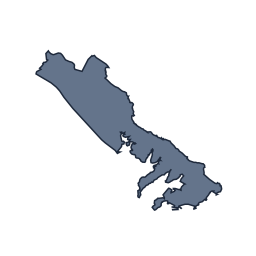 Devonport-Takapuna Local Board Area, Auckland, New Zealand (Albers equal-area conic projection), rotated 344°
{"feature_id": "76426892B81581642165693", "entity_name": "Devonport-Takapuna Local Board Area", "entity_type": "district", "adm_level": 2, "iso_a3": "NZL", "parent_name": "New Zealand", "parent_adm1": "Auckland", "projection": "albers", "projection_center": [174.779, -36.789], "detail": "fine", "context": "isolated", "style": "filled", "palette": "slate", "viewbox_px": 256, "rotation_deg": 344, "n_neighbors": 0, "source": "geoboundaries", "source_scale": "gbopen_adm2", "svg_char_len": 6065}
<svg xmlns="http://www.w3.org/2000/svg" viewBox="0 0 256 256"><g transform="rotate(344 128 128)"><path d="M72.7,31.9L69.6,33.8L68.6,39.6L69.6,40.6L66.9,42.1L65.1,41.7L63.9,42.6L64.3,43.2L62.0,44.9L59.5,46.2L60.5,47.6L56.0,48.6L55.4,49.1L54.5,50.7L66.6,63.5L70.4,69.0L72.6,73.6L74.9,80.8L80.4,94.0L99.4,132.0L102.0,136.0L109.5,146.0L110.8,149.5L113.8,148.9L111.2,147.9L116.6,144.1L117.6,142.0L119.6,142.2L120.6,140.6L120.1,139.5L118.8,139.4L118.4,138.8L118.7,133.4L120.0,131.7L120.0,131.0L119.6,130.0L120.9,130.2L121.0,131.3L121.5,131.8L123.6,131.4L122.9,132.6L123.2,133.1L121.3,133.4L121.0,134.0L121.2,134.8L123.0,136.2L126.8,136.5L125.3,137.4L124.5,138.8L124.9,139.4L127.0,139.7L124.9,141.5L123.5,141.8L122.2,141.5L121.9,142.7L122.0,144.4L122.5,145.0L124.7,144.7L125.3,143.7L125.5,142.5L125.9,142.1L126.7,141.9L128.6,142.7L129.9,144.1L130.8,144.4L131.1,145.1L129.9,145.3L128.4,144.4L127.6,144.5L125.6,147.3L125.6,149.4L126.2,149.7L126.3,150.6L125.8,150.9L124.5,150.5L123.6,150.8L123.6,152.3L124.5,154.1L126.2,155.2L127.1,155.4L127.6,156.5L127.3,158.1L127.7,159.0L129.8,160.0L130.6,160.8L130.8,161.7L131.2,161.9L131.2,163.2L132.5,164.8L134.7,165.6L135.5,165.1L136.5,163.1L137.6,162.4L137.7,161.9L138.6,161.6L140.0,160.0L140.2,159.3L141.1,159.7L141.8,158.6L144.4,156.8L144.5,156.3L143.8,155.5L144.8,156.0L145.8,154.8L146.3,154.7L145.9,154.9L145.8,155.7L146.0,156.0L145.2,157.6L144.4,158.2L144.0,160.6L140.9,165.2L140.6,167.6L142.0,168.5L144.8,168.8L147.2,168.1L148.9,166.6L149.8,166.2L150.4,165.4L150.8,165.1L151.2,165.4L150.0,167.0L149.9,167.5L150.3,168.1L149.3,167.7L148.7,168.4L148.4,168.5L147.6,169.7L147.6,170.6L147.3,170.3L145.4,171.1L144.4,171.2L144.1,171.6L144.3,172.0L144.1,172.5L143.0,172.4L143.3,171.6L142.9,171.6L142.8,171.2L141.8,171.8L141.6,173.4L142.4,173.5L142.5,174.3L141.5,176.2L139.4,177.1L137.2,176.9L136.9,177.4L133.6,178.5L131.3,179.8L129.8,179.8L129.4,179.4L127.9,179.2L125.9,180.2L124.9,181.3L124.1,183.0L122.5,183.9L122.6,184.8L122.2,186.2L122.8,187.3L122.8,189.5L122.6,190.1L122.3,189.9L121.9,190.4L122.1,190.8L120.2,191.0L119.4,194.8L118.7,196.0L118.8,197.4L119.7,198.0L121.3,196.0L121.7,196.0L121.8,196.4L122.0,193.1L126.3,189.9L127.5,189.7L129.6,188.2L131.6,188.1L132.9,187.2L134.3,187.3L135.9,186.5L136.9,187.1L138.7,185.3L141.7,184.9L143.1,183.9L147.9,182.5L150.1,183.0L151.4,181.9L153.8,181.2L155.8,181.6L156.4,180.8L158.3,179.6L156.5,180.9L154.5,183.7L154.0,185.2L152.6,186.2L151.4,187.9L150.0,189.3L149.4,189.2L149.2,190.4L151.6,191.7L153.5,191.5L154.3,191.0L155.3,191.0L157.6,190.2L160.3,190.6L162.5,189.9L164.9,188.5L165.4,187.3L167.4,187.4L168.3,189.4L165.2,191.5L163.5,193.7L167.2,197.5L166.6,197.5L163.3,199.4L162.1,200.9L161.8,202.5L161.2,202.1L161.1,201.3L159.7,201.1L156.6,199.1L154.9,198.6L154.8,199.2L155.7,200.0L156.1,200.9L155.0,201.7L151.5,202.1L151.7,201.2L152.7,200.4L153.0,199.6L151.3,197.6L150.4,197.1L143.3,201.9L143.8,204.8L143.5,205.8L143.2,205.3L142.2,204.7L138.2,204.1L137.4,203.7L136.9,204.2L135.6,204.4L135.1,204.9L133.6,205.1L132.5,207.6L132.8,208.2L132.7,209.3L130.4,210.1L129.4,210.9L130.8,214.2L132.0,214.2L135.0,212.7L136.7,212.7L138.4,211.8L139.2,209.5L139.9,208.8L140.5,208.8L140.5,208.5L142.1,208.2L144.3,208.4L145.3,208.7L146.0,209.3L145.6,210.3L145.2,210.6L145.6,210.5L145.7,210.8L144.8,212.0L145.4,211.7L145.8,210.8L146.1,210.9L145.8,211.8L146.1,211.9L146.4,211.0L146.8,211.2L146.6,212.1L147.0,211.3L147.4,211.5L151.4,215.4L150.5,216.7L148.1,215.9L153.7,218.4L153.2,219.7L148.4,218.6L148.4,219.0L153.5,220.1L153.4,219.8L154.0,218.5L154.3,218.6L155.2,217.4L156.9,219.9L157.1,219.8L155.4,217.3L155.8,217.0L161.7,217.0L164.9,217.9L170.8,221.7L170.7,222.5L169.2,222.7L171.0,222.9L170.7,223.6L169.0,223.8L169.0,224.1L171.2,223.9L171.1,223.1L171.7,221.8L173.0,221.4L174.6,221.4L174.8,221.1L174.4,220.8L174.6,220.4L175.9,219.3L179.1,219.3L182.1,217.8L182.5,218.0L182.7,218.7L183.3,218.6L183.4,218.3L183.6,218.7L183.8,218.5L183.4,218.2L183.8,217.5L183.6,217.4L184.3,216.4L187.1,214.4L188.9,212.6L189.2,212.8L189.8,212.1L190.9,211.8L191.3,211.8L191.3,212.3L191.5,211.9L193.0,212.3L192.3,212.9L194.1,214.9L194.7,216.4L194.6,216.6L195.1,216.5L194.8,216.4L194.3,215.1L194.8,215.3L197.1,214.6L199.3,214.7L201.1,212.6L201.3,211.9L201.5,209.2L200.9,208.1L200.7,208.3L200.7,206.6L199.5,206.2L199.1,205.3L198.0,205.9L196.4,205.1L192.3,200.0L188.1,193.4L188.5,192.9L188.9,191.6L189.2,188.4L189.8,187.3L190.5,186.8L190.9,186.9L190.9,186.4L191.2,185.9L191.3,184.8L190.4,183.1L189.3,182.7L186.6,181.0L185.2,180.7L183.7,179.7L181.9,179.2L178.2,176.6L177.1,175.3L177.1,174.6L176.3,173.8L176.3,173.3L176.9,172.8L177.0,172.2L176.4,172.2L176.7,172.1L175.3,170.9L173.2,167.1L170.8,164.3L170.8,163.7L170.3,162.3L169.4,161.4L168.4,160.9L167.4,157.9L165.3,154.3L164.7,152.1L163.9,151.7L160.5,149.1L159.4,149.1L159.1,148.1L158.6,148.4L158.2,147.9L158.1,148.2L157.7,147.3L157.6,147.7L157.3,147.7L157.4,147.1L157.2,146.7L156.5,146.9L155.1,145.7L154.3,145.5L153.8,144.3L153.4,144.0L153.7,143.8L153.5,143.0L152.2,142.9L150.8,141.8L149.9,140.7L149.2,138.6L148.6,137.9L145.5,137.2L145.5,137.5L144.9,136.8L145.0,136.6L142.5,134.0L142.3,133.1L141.1,132.5L139.4,130.4L138.9,130.2L136.9,127.7L136.7,127.1L136.9,126.9L136.3,126.2L136.1,126.4L134.9,124.7L135.3,124.3L134.2,120.8L134.5,118.7L135.0,117.4L135.6,117.4L136.4,118.0L137.5,117.7L136.9,115.8L138.0,113.8L137.8,113.0L137.6,110.8L137.8,110.5L137.6,110.0L138.3,108.3L139.6,107.1L139.6,106.1L138.8,104.7L137.9,104.3L137.6,104.5L136.9,104.0L137.1,103.8L136.7,100.2L136.2,100.0L136.1,99.4L137.2,97.7L136.6,97.8L135.8,96.0L136.1,93.7L134.6,92.2L133.1,91.4L131.9,90.1L129.6,86.7L126.8,84.5L123.8,80.7L120.5,74.9L119.7,74.0L119.7,73.6L121.6,72.8L121.9,72.3L122.0,71.7L121.4,70.4L121.5,69.9L121.7,68.9L122.1,68.9L122.3,67.8L122.3,67.1L122.0,67.2L121.9,66.8L122.8,64.3L123.8,63.7L126.2,64.6L125.6,62.7L124.5,60.5L116.8,51.5L115.7,49.0L113.4,49.1L113.2,48.6L108.6,51.1L99.4,60.9L93.1,57.0L93.0,55.1L93.9,52.8L93.6,51.4L92.2,49.4L89.7,47.8L86.7,45.3L85.0,39.9L83.8,37.7L81.7,36.7L76.8,37.0L76.0,36.7L74.2,35.2L73.0,33.1L72.7,31.9Z" fill="#64748b" stroke="#1e293b" stroke-width="1.5"/></g></svg>